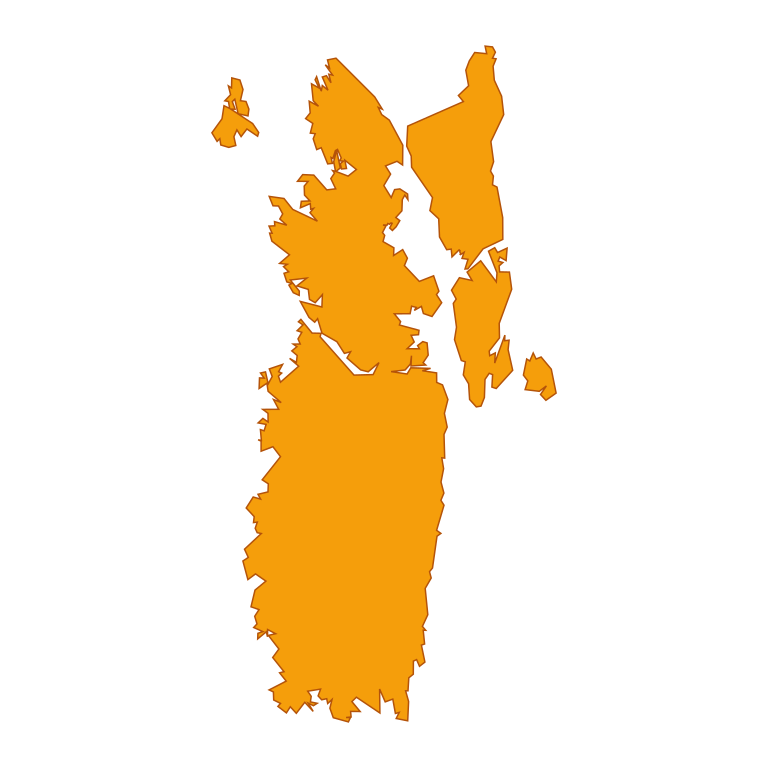 the district of Karmøy nor, Rogaland, Norway
{"feature_id": "86288312B31081381702542", "entity_name": "Karmøy nor", "entity_type": "district", "adm_level": 2, "iso_a3": "NOR", "parent_name": "Norway", "parent_adm1": "Rogaland", "projection": "orthographic", "projection_center": [5.261, 59.278], "detail": "fine", "context": "isolated", "style": "filled", "palette": "amber", "viewbox_px": 768, "rotation_deg": 0, "n_neighbors": 0, "source": "geoboundaries", "source_scale": "gbopen_adm2", "svg_char_len": 6095}
<svg xmlns="http://www.w3.org/2000/svg" viewBox="0 0 768 768"><path d="M336.0,58.2L327.5,59.9L329.5,68.0L325.3,64.8L332.6,75.1L328.8,74.2L331.0,82.8L326.4,75.7L322.3,77.0L328.0,90.2L322.3,85.5L321.4,90.6L321.0,90.5L316.6,76.7L315.1,79.8L319.2,88.1L311.5,83.8L313.2,100.7L318.5,106.2L309.2,101.2L310.2,112.9L305.6,118.6L312.8,123.4L310.3,133.1L315.2,133.7L313.2,138.8L316.7,149.6L321.2,147.7L327.7,163.9L332.4,163.4L331.1,157.5L332.9,158.4L335.4,150.6L337.5,149.4L341.2,157.9L339.8,160.8L343.4,161.1L340.3,163.7L341.5,169.0L346.5,168.5L344.9,160.2L356.4,169.5L348.1,176.1L336.0,171.5L340.3,167.9L336.6,150.4L333.7,161.8L335.5,171.3L332.6,170.6L334.5,173.1L330.8,178.6L335.7,188.8L326.8,189.9L313.8,175.1L302.7,174.6L297.5,181.3L308.1,181.4L304.2,186.1L304.5,195.1L309.9,200.9L301.3,201.3L300.4,207.8L310.3,203.6L310.7,209.2L313.5,208.4L310.0,212.7L317.4,221.2L292.7,209.4L284.0,198.5L269.2,196.4L273.0,205.8L278.5,206.0L282.7,213.9L279.8,219.0L286.8,225.2L274.5,221.6L274.8,225.8L269.0,226.1L272.1,233.2L269.6,233.1L271.9,241.2L289.5,254.8L279.6,263.4L287.3,264.3L283.5,266.6L288.7,271.8L284.0,273.3L286.8,281.9L291.9,283.5L288.9,285.1L293.3,292.7L299.2,295.4L299.3,291.1L290.3,280.0L306.8,278.1L296.9,285.9L308.3,289.4L309.5,299.4L315.2,302.7L322.4,294.6L321.9,307.0L300.3,301.4L309.0,317.4L314.7,322.2L317.6,318.7L322.0,333.2L336.9,341.7L344.4,353.4L350.6,351.7L347.0,358.0L360.7,369.9L368.2,371.8L379.0,362.6L373.1,374.6L354.0,375.1L320.1,336.8L321.0,333.3L312.1,333.1L300.9,319.4L298.4,321.8L303.0,324.9L297.1,330.7L301.8,332.3L298.0,338.9L300.2,344.0L293.2,344.1L296.9,346.7L291.8,350.9L297.2,355.5L296.4,362.3L289.6,358.4L298.7,366.2L280.5,382.2L278.4,376.1L281.7,373.1L278.6,371.7L282.6,364.4L269.3,368.9L272.2,376.5L268.2,383.9L265.5,371.9L260.5,373.0L264.2,378.1L259.5,377.9L259.1,388.5L266.9,383.2L268.1,391.3L281.2,402.6L273.5,399.5L278.7,409.3L262.8,409.4L268.0,413.3L268.1,422.0L262.9,418.4L258.1,422.9L266.1,424.4L264.1,430.8L260.4,429.6L261.4,440.4L258.1,439.8L261.1,441.1L261.1,451.2L272.9,446.7L280.5,456.7L262.2,479.8L268.3,483.8L268.0,491.9L258.0,494.3L260.6,499.1L253.2,497.0L246.2,508.0L254.2,516.6L253.5,522.6L257.3,522.1L255.2,528.3L257.2,532.7L261.3,533.5L244.5,549.2L248.3,557.4L242.9,561.0L247.9,579.6L255.5,573.9L265.9,581.1L255.0,590.1L251.0,606.8L259.0,609.6L254.7,616.3L257.0,623.9L253.7,627.5L262.9,631.6L257.9,633.3L257.7,638.9L266.3,631.8L267.5,636.8L267.6,629.5L275.6,633.7L268.4,635.4L278.9,649.0L272.7,657.5L284.0,671.7L279.6,672.8L286.2,681.1L269.1,689.9L273.4,691.9L273.7,700.0L280.5,703.4L277.9,706.4L286.4,712.9L290.3,706.8L296.3,713.3L304.8,702.3L313.2,711.4L308.2,703.1L313.4,705.7L317.2,703.3L310.4,701.9L311.2,696.3L307.7,691.2L320.6,689.1L318.1,695.9L321.7,699.8L326.7,698.7L327.7,703.5L332.0,699.5L329.9,708.2L333.3,717.7L348.4,721.9L350.4,717.6L346.1,717.5L351.1,717.0L350.6,711.4L360.1,711.5L351.9,701.6L356.4,697.2L379.9,713.0L379.6,689.0L385.2,701.9L392.8,699.1L395.4,713.5L399.2,712.4L396.2,718.5L407.7,720.8L408.6,701.5L405.6,690.8L408.0,690.8L408.8,677.8L413.3,674.2L413.4,661.1L416.6,659.6L419.5,666.3L424.9,662.1L421.4,645.1L424.6,644.0L423.2,630.2L425.7,630.3L422.4,626.4L427.8,614.7L425.2,588.4L431.2,578.0L429.5,571.7L432.5,568.0L437.0,536.2L440.9,533.4L436.6,530.3L444.0,505.2L440.9,500.3L443.9,493.1L441.0,482.0L443.6,468.7L441.8,457.8L444.7,458.1L444.0,434.4L447.2,427.1L444.4,413.4L447.9,399.5L442.5,384.9L436.7,382.4L436.6,372.9L422.3,370.7L430.6,368.4L410.8,367.8L407.1,374.0L391.1,371.6L405.1,370.0L410.4,364.0L411.5,355.7L411.0,366.0L425.7,365.0L423.1,362.7L428.2,355.1L427.1,342.9L422.8,341.6L417.6,345.6L419.4,348.8L407.1,348.7L414.2,342.0L411.1,335.3L418.5,334.7L419.0,330.3L399.4,325.0L400.6,321.6L394.3,313.8L410.1,313.7L411.6,306.2L416.3,307.4L414.3,310.4L421.4,306.4L423.4,313.5L432.0,316.5L441.7,302.7L436.5,294.6L438.9,291.2L433.6,275.8L419.3,281.4L404.4,265.6L407.4,258.2L402.7,249.6L393.6,255.5L393.9,247.8L383.0,241.6L384.7,235.4L382.5,232.5L386.0,225.8L383.0,225.0L387.1,225.1L387.8,223.5L389.5,224.2L390.6,223.1L391.4,223.0L392.1,223.3L389.7,228.0L392.4,230.5L396.1,226.8L399.8,220.6L395.8,217.5L401.9,210.8L402.3,199.6L404.8,195.1L407.9,199.6L407.6,194.0L399.9,188.9L394.6,189.6L391.2,197.6L383.8,185.6L390.6,174.1L385.5,165.9L397.0,161.3L402.6,165.0L402.8,145.2L389.3,120.1L381.7,114.6L378.3,107.5L382.3,109.2L374.7,96.9L336.0,58.2ZM407.7,126.1L406.7,146.1L411.2,156.0L411.6,167.2L432.5,197.6L429.9,210.6L438.7,218.8L439.5,237.0L446.7,249.7L451.2,249.1L452.0,256.9L459.1,249.9L460.0,250.7L459.8,251.9L460.6,253.4L460.1,254.3L460.5,254.6L464.1,252.3L462.0,258.4L468.0,259.3L465.0,269.0L467.9,268.8L483.1,248.8L502.8,239.4L502.7,217.6L497.0,187.1L492.5,184.8L493.4,176.1L490.5,171.0L493.6,161.7L490.9,141.6L503.7,114.6L501.6,96.2L494.3,80.2L493.1,66.2L496.1,58.8L492.5,58.2L495.4,52.2L492.5,46.9L485.1,46.1L486.7,53.7L474.7,52.5L469.3,60.9L465.8,70.2L468.6,85.8L458.4,95.5L463.4,101.6L407.7,126.1ZM494.7,247.7L488.5,251.2L497.0,272.8L496.3,281.9L480.7,260.8L467.1,272.1L472.1,280.5L459.4,277.7L451.5,290.2L456.2,299.1L453.3,303.4L456.5,327.2L454.5,339.6L461.3,360.5L465.3,361.8L463.3,374.9L468.6,383.8L469.6,399.5L476.3,406.9L481.0,406.1L484.4,397.5L485.0,379.4L489.2,373.3L492.6,374.6L491.9,387.1L496.2,388.5L512.7,370.3L508.1,349.6L509.1,340.2L504.7,340.7L504.9,335.1L494.7,363.1L495.3,352.9L489.7,355.7L489.2,351.1L499.5,337.9L499.2,323.4L511.7,289.2L509.4,272.1L499.6,271.9L499.1,265.9L502.9,262.5L498.1,261.1L499.8,257.0L506.1,260.6L507.1,248.1L497.6,252.5L494.7,247.7ZM239.9,80.0L231.8,77.9L231.5,87.9L228.4,85.9L230.6,94.7L224.8,100.8L228.5,101.5L229.6,108.4L224.0,105.7L222.0,118.8L211.9,132.8L217.1,141.4L219.8,138.7L220.8,145.0L228.8,147.4L235.8,145.5L233.9,136.7L236.9,129.9L241.1,136.6L246.9,129.0L257.6,136.2L258.7,132.5L252.7,123.6L230.8,109.1L235.1,109.2L232.3,101.6L234.8,99.2L238.1,113.7L248.0,115.9L248.9,109.1L246.0,101.5L240.4,100.7L243.0,89.5L239.9,80.0ZM536.1,359.0L533.2,353.0L529.8,361.0L526.7,359.0L523.4,375.1L527.8,380.9L525.1,389.6L539.3,391.3L546.4,385.9L540.5,394.5L545.9,400.3L556.1,393.1L551.3,369.2L541.1,357.0L536.1,359.0Z" fill="#f59e0b" stroke="#b45309" stroke-width="1.5"/></svg>